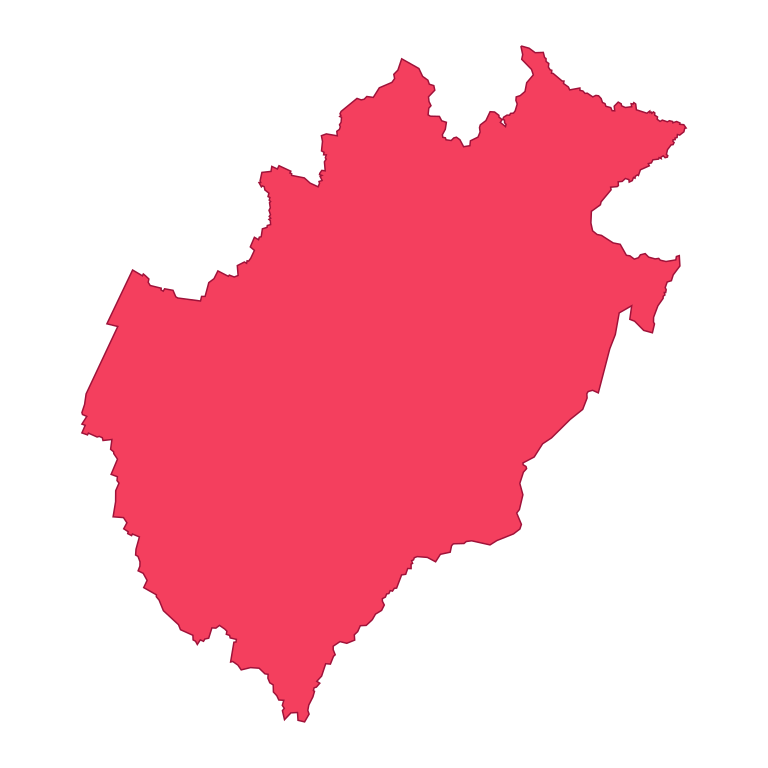 Ban Khai, Rayong, Thailand (Natural Earth projection)
{"feature_id": "78962969B77323566799689", "entity_name": "Ban Khai", "entity_type": "district", "adm_level": 2, "iso_a3": "THA", "parent_name": "Thailand", "parent_adm1": "Rayong", "projection": "natural_earth1", "projection_center": [101.382, 12.833], "detail": "fine", "context": "isolated", "style": "filled", "palette": "rose", "viewbox_px": 768, "rotation_deg": 0, "n_neighbors": 0, "source": "geoboundaries", "source_scale": "gbopen_adm2", "svg_char_len": 6066}
<svg xmlns="http://www.w3.org/2000/svg" viewBox="0 0 768 768"><path d="M663.1,298.4L663.2,296.2L664.9,295.0L664.3,292.5L665.7,292.5L666.2,289.7L665.2,287.6L667.2,282.0L671.4,280.7L673.2,274.9L679.9,266.0L679.3,255.6L676.4,256.5L675.8,259.9L666.0,261.5L660.3,260.2L658.7,258.4L655.1,258.9L648.6,257.1L645.2,253.6L640.4,254.8L638.5,257.7L634.3,259.1L629.9,255.8L626.4,255.3L620.2,244.3L613.1,242.9L601.5,235.4L597.1,234.5L592.6,230.8L590.9,223.0L591.4,211.3L600.4,204.8L601.1,201.8L611.1,189.8L610.6,187.2L617.2,186.6L618.4,185.6L618.2,181.8L622.2,181.4L625.4,178.5L628.9,179.6L629.2,182.1L632.3,180.6L633.5,177.5L635.0,178.2L635.3,176.3L637.4,174.9L638.4,175.5L640.4,169.8L649.3,165.8L648.3,163.6L651.4,162.9L652.9,159.8L658.6,159.1L659.1,157.6L661.2,158.6L660.9,157.3L663.2,155.8L665.1,157.7L667.4,157.1L667.8,155.6L666.4,154.5L667.5,149.7L671.1,144.9L673.1,144.6L674.1,142.5L672.9,141.4L673.1,139.8L675.2,139.6L675.0,138.1L677.1,137.5L677.4,134.5L679.7,135.1L683.9,131.8L684.7,128.3L686.1,128.0L683.8,124.7L679.7,124.3L680.0,123.0L676.6,121.5L672.9,122.8L672.6,121.5L669.4,120.7L667.4,121.8L662.3,120.1L660.1,121.4L657.2,119.3L657.5,116.9L654.7,115.2L654.8,112.9L653.4,111.9L651.8,113.3L651.2,112.1L650.0,112.6L649.8,111.0L646.9,113.2L636.4,109.8L635.7,104.0L633.8,102.6L633.0,104.0L631.1,103.7L631.7,106.7L625.3,107.5L621.6,105.8L621.2,103.8L618.2,102.1L614.2,106.2L614.7,110.8L612.1,110.7L610.8,107.6L605.9,106.3L605.0,103.6L602.5,102.5L601.1,98.5L598.6,95.8L595.9,95.4L592.8,96.9L587.3,93.2L585.0,93.4L582.9,91.0L580.0,90.4L579.9,88.0L569.7,89.9L568.4,87.0L563.5,83.5L564.0,81.1L562.1,81.0L553.2,73.5L551.5,73.2L551.8,70.3L550.1,69.8L548.4,67.1L548.8,63.5L546.1,61.5L546.0,58.5L544.6,57.6L543.3,52.4L535.2,52.7L529.1,48.2L521.7,46.1L521.0,46.7L522.7,54.7L521.7,59.3L531.5,69.4L533.3,74.9L526.7,82.7L525.0,91.5L520.2,95.6L516.2,96.9L515.9,100.4L517.2,104.0L515.2,110.8L513.5,113.1L510.5,113.4L509.6,115.2L507.0,115.1L503.6,117.2L502.8,119.3L504.5,120.2L504.6,122.8L506.0,124.3L505.5,126.6L500.3,122.4L502.1,119.7L499.0,117.1L498.9,115.3L494.6,112.0L490.1,111.7L485.9,120.6L480.3,124.9L479.5,127.6L480.1,132.0L478.0,137.1L470.4,140.8L469.9,145.7L463.6,146.7L459.9,139.7L456.4,137.2L453.8,137.9L451.2,140.5L446.0,139.8L445.4,137.8L442.8,137.3L442.4,134.7L445.3,129.3L446.4,122.3L441.7,120.8L439.4,116.4L430.4,116.2L428.1,114.8L428.8,108.2L431.0,105.7L429.0,101.5L428.5,96.8L434.8,90.2L433.8,85.6L429.3,84.2L427.9,80.2L422.6,76.4L418.9,68.5L401.7,58.8L397.9,70.1L393.8,74.3L394.6,78.6L391.9,82.4L379.3,87.8L373.3,97.4L366.8,96.5L364.2,99.2L361.2,99.9L357.0,98.4L341.1,111.4L340.0,113.8L340.9,115.3L339.7,116.5L341.5,117.3L341.1,122.3L339.5,124.8L340.3,126.8L339.4,129.4L336.8,131.3L337.3,135.8L326.3,133.9L321.4,135.7L322.5,141.4L321.5,150.9L324.0,152.3L323.6,154.8L326.3,154.9L325.3,157.8L326.2,159.1L324.4,161.8L325.2,170.8L321.8,170.4L319.8,173.3L319.5,174.6L321.9,175.4L320.1,176.4L322.1,180.5L319.0,181.5L319.5,183.4L318.1,186.8L310.1,183.1L304.3,177.9L291.6,175.4L291.6,173.6L289.9,173.0L290.8,171.2L279.0,165.7L277.4,169.0L271.8,166.4L271.0,171.4L261.9,172.4L260.1,180.8L260.7,182.5L259.0,182.6L261.4,186.9L262.4,185.9L264.2,186.7L264.9,190.0L268.9,193.2L268.0,196.6L269.9,197.5L269.2,200.2L270.6,201.6L269.5,202.7L270.3,207.9L269.0,210.3L270.5,214.8L269.2,216.4L270.7,218.2L268.9,219.4L270.3,220.6L270.6,224.6L267.3,225.5L267.0,227.4L262.4,228.8L261.2,236.7L259.3,237.2L258.5,239.7L254.4,237.3L250.3,246.9L254.4,250.4L250.7,258.3L248.6,261.1L247.1,260.8L246.6,263.3L244.4,262.0L237.3,265.6L238.1,275.5L234.2,277.0L229.3,275.1L228.3,276.3L217.9,270.9L214.0,278.7L208.8,282.6L205.1,296.4L201.6,296.4L200.5,301.0L177.8,298.0L175.8,296.8L173.0,290.3L164.6,288.8L163.2,291.2L161.0,289.9L161.2,288.2L150.2,285.5L148.2,282.3L148.9,279.0L145.4,275.7L143.3,274.0L142.4,275.8L132.6,270.0L106.9,323.8L117.8,326.5L86.1,393.9L84.6,404.4L81.9,412.6L82.5,414.5L86.8,416.4L81.9,424.1L85.2,425.3L81.9,432.9L87.5,434.9L88.4,433.1L97.1,437.0L99.3,436.4L102.3,437.7L103.0,440.5L111.9,439.5L110.6,449.3L113.6,451.8L113.8,453.7L117.5,459.1L111.1,474.4L117.4,476.7L117.0,480.6L119.0,483.1L115.7,490.7L115.6,501.7L113.1,516.8L123.5,517.6L126.9,522.8L123.7,528.8L128.2,531.7L127.7,533.6L131.6,535.6L132.4,534.0L139.4,536.9L136.0,549.2L135.6,555.0L138.0,556.4L140.0,561.8L139.9,566.2L138.1,570.8L143.2,573.3L147.1,580.4L143.7,587.6L156.4,594.8L156.3,596.7L159.1,600.1L163.4,610.7L178.5,624.7L180.5,629.7L192.9,635.3L193.1,639.9L195.5,641.2L197.3,644.5L200.3,639.9L203.5,641.3L204.9,639.0L208.7,638.2L211.9,627.9L215.9,628.1L219.5,625.4L224.7,629.0L226.9,631.2L226.3,634.3L229.6,635.4L230.2,637.9L236.4,639.4L236.0,642.0L233.9,642.2L230.6,662.0L232.8,661.5L237.9,665.1L241.2,669.9L250.5,667.6L259.1,668.2L264.9,673.8L268.1,674.3L267.9,678.2L269.8,682.8L273.2,684.9L273.4,692.0L276.8,695.7L278.8,700.0L283.8,700.3L282.3,705.4L284.3,708.3L282.4,710.6L284.5,719.7L290.9,712.9L297.5,712.5L298.0,720.3L304.6,721.9L309.1,714.1L307.8,710.4L308.8,705.0L312.9,696.9L314.5,691.3L313.4,690.6L314.1,687.8L316.4,687.1L319.8,683.2L316.8,681.3L321.6,676.1L325.7,663.7L330.4,664.1L333.5,656.3L335.2,654.8L333.2,649.7L333.2,646.2L340.0,641.6L346.8,643.3L354.7,640.1L354.3,634.8L357.7,631.6L360.3,625.7L366.2,625.4L372.3,619.7L375.5,614.1L381.6,610.4L384.3,605.0L382.4,601.2L382.4,598.6L385.4,597.1L386.6,594.0L388.9,593.5L390.2,590.6L392.5,591.1L394.3,588.3L396.6,588.1L401.6,574.9L405.7,574.3L407.7,568.5L411.1,568.6L411.1,564.1L412.6,563.4L411.6,560.7L413.5,559.9L414.3,557.7L417.2,556.6L427.4,557.4L435.6,561.8L440.4,554.3L450.2,552.2L451.6,545.6L453.4,543.8L464.0,543.5L466.3,541.5L471.7,540.8L490.0,544.9L497.0,540.5L513.5,533.9L519.9,529.0L521.4,524.4L516.7,513.0L519.4,509.6L522.9,494.8L519.8,483.4L523.4,472.2L526.6,468.6L526.0,466.5L523.1,464.7L523.0,462.9L534.2,457.0L542.6,443.8L551.5,437.9L570.1,419.5L582.7,409.4L587.1,398.0L586.8,393.7L588.2,391.5L592.6,390.3L598.3,392.9L609.8,348.7L615.3,334.6L619.2,312.9L631.7,305.7L629.8,319.3L634.6,321.2L643.7,330.4L652.4,332.8L654.5,323.9L653.5,322.1L653.6,317.3L657.9,305.8L663.1,298.4Z" fill="#f43f5e" stroke="#9f1239" stroke-width="1.5"/></svg>